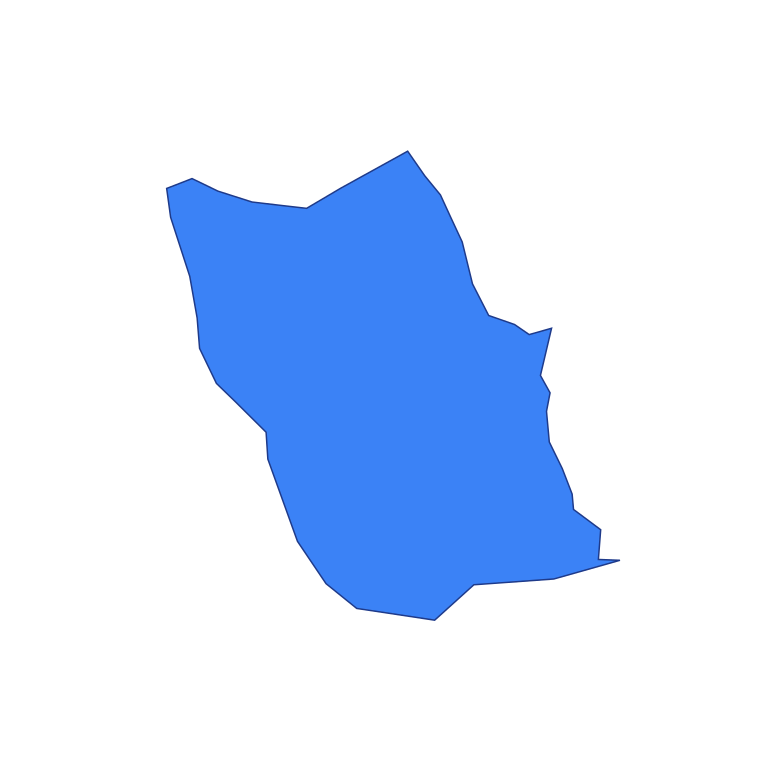 Angolemi, Cyprus, rotated 134°
{"feature_id": "46923920B8588599925202", "entity_name": "Angolemi", "entity_type": "district", "adm_level": 2, "iso_a3": "CYP", "parent_name": "Cyprus", "parent_adm1": "", "projection": "natural_earth1", "projection_center": [32.945, 35.116], "detail": "fine", "context": "isolated", "style": "filled", "palette": "blue", "viewbox_px": 768, "rotation_deg": 134, "n_neighbors": 0, "source": "geoboundaries", "source_scale": "gbopen_adm2", "svg_char_len": 674}
<svg xmlns="http://www.w3.org/2000/svg" viewBox="0 0 768 768"><g transform="rotate(134 384 384)"><path d="M200.1,528.7L272.7,551.0L311.4,561.7L326.2,581.0L344.8,605.4L360.6,637.4L369.6,664.8L394.3,676.2L412.3,653.3L441.5,598.5L466.3,564.3L486.5,541.4L500.0,504.9L500.0,479.8L500.6,435.3L518.7,415.4L557.3,336.9L567.9,287.0L564.4,247.7L518.7,183.5L466.0,179.9L406.3,126.4L346.9,91.8L361.3,107.9L338.3,126.9L342.6,160.5L332.5,172.2L321.0,197.0L310.9,224.8L290.8,248.1L275.0,258.4L269.2,277.4L227.5,302.2L247.6,313.9L250.5,331.4L262.0,356.3L250.5,389.9L227.5,426.4L217.4,452.7L208.8,474.7L205.9,499.5L200.1,528.7Z" fill="#3b82f6" stroke="#1e3a8a" stroke-width="1.5"/></g></svg>